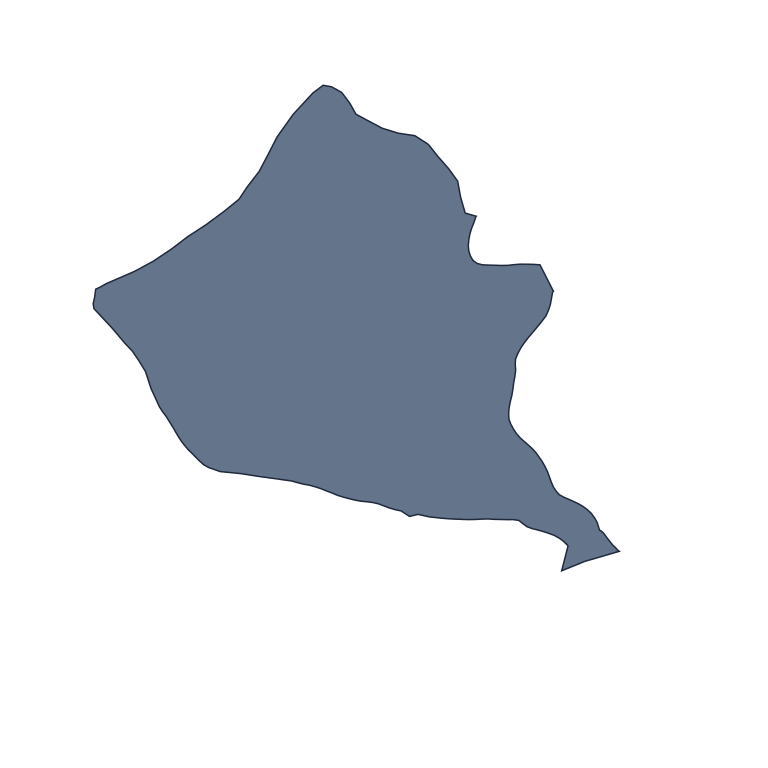 the district of Yafi', Lahij, Yemen, rotated 233°
{"feature_id": "15242507B78298704524990", "entity_name": "Yafi'", "entity_type": "district", "adm_level": 2, "iso_a3": "YEM", "parent_name": "Yemen", "parent_adm1": "Lahij", "projection": "equal_earth", "projection_center": [45.205, 13.861], "detail": "fine", "context": "isolated", "style": "filled", "palette": "slate", "viewbox_px": 768, "rotation_deg": 233, "n_neighbors": 0, "source": "geoboundaries", "source_scale": "gbopen_adm2", "svg_char_len": 2799}
<svg xmlns="http://www.w3.org/2000/svg" viewBox="0 0 768 768"><g transform="rotate(233 384 384)"><path d="M633.2,210.8L627.5,205.2L623.1,200.0L618.7,197.7L592.2,200.5L572.3,201.6L561.7,202.8L549.3,202.2L537.4,201.0L520.6,195.2L500.8,190.9L495.2,190.5L488.9,190.5L482.7,189.9L476.2,189.4L470.3,188.6L465.3,188.1L460.0,187.7L455.0,187.8L449.5,188.1L444.3,188.9L438.8,189.6L433.7,190.3L427.9,191.5L422.8,193.7L418.2,196.8L412.7,200.4L399.0,215.3L397.1,217.2L385.5,228.4L362.3,251.7L357.1,255.7L352.5,259.4L348.1,263.5L342.6,267.7L338.1,270.8L332.6,274.1L327.9,277.1L323.0,279.9L318.6,283.1L314.2,286.5L308.7,291.0L304.4,294.9L300.4,299.3L296.1,303.7L291.7,307.4L287.0,310.4L281.9,313.6L276.5,317.6L272.3,321.3L267.3,323.1L262.9,324.7L259.4,332.7L255.3,336.2L250.4,340.4L246.2,344.9L241.9,349.5L237.8,354.1L233.4,359.3L231.3,362.0L229.1,364.6L224.9,369.8L221.0,375.2L217.7,380.1L213.6,385.9L209.8,390.3L205.7,395.5L201.5,400.8L198.0,405.5L193.9,409.6L189.1,410.8L184.0,412.3L179.5,415.2L175.3,418.6L170.6,422.2L166.2,425.3L160.9,428.7L155.4,431.2L150.3,432.7L146.2,433.3L146.2,433.6L143.8,433.4L140.8,429.6L127.9,413.5L121.5,437.6L108.8,471.2L109.4,471.0L111.6,470.6L115.0,470.3L117.4,469.7L119.7,469.7L122.1,469.6L124.3,469.6L126.7,469.5L129.1,469.6L129.7,469.6L131.4,469.6L133.7,469.5L136.1,468.9L137.6,468.2L145.1,470.9L150.2,471.6L156.2,471.7L161.4,470.7L166.3,469.3L171.1,467.3L175.9,464.8L180.5,462.3L185.0,459.7L190.0,457.4L194.9,457.0L199.9,457.3L205.4,458.7L210.5,460.3L216.3,462.0L221.7,463.0L227.2,463.7L232.9,463.9L237.9,464.0L243.2,463.5L248.4,462.5L254.5,461.2L259.4,460.3L264.6,459.9L270.3,460.3L275.7,461.1L280.7,462.6L285.3,465.7L289.5,469.4L293.7,474.0L298.0,479.3L302.0,483.5L306.8,488.2L311.5,493.3L315.8,497.5L320.4,500.4L324.7,504.0L328.0,509.6L330.6,515.3L332.6,521.3L333.5,524.5L334.3,527.5L335.9,534.6L337.1,539.9L337.4,541.2L339.1,548.0L340.9,554.3L343.9,559.7L347.2,564.5L351.4,569.1L355.8,573.8L356.0,574.4L356.0,575.1L385.3,580.3L389.4,575.6L393.3,570.7L397.5,565.2L400.7,560.3L403.9,554.8L407.7,549.5L411.8,544.4L416.1,539.0L419.9,534.4L424.3,530.9L429.3,529.4L429.4,529.5L429.5,529.4L434.4,530.1L439.2,531.8L443.7,534.5L448.4,538.8L452.4,543.2L455.9,548.1L457.5,550.8L459.0,553.3L462.6,558.4L462.6,558.5L465.8,556.1L469.4,553.4L471.4,551.8L471.6,551.7L471.9,551.8L485.4,557.0L487.0,557.6L491.5,559.8L501.6,564.9L517.0,565.2L533.3,564.0L548.6,563.6L553.8,561.8L553.9,561.7L563.7,558.1L576.1,546.0L589.5,536.4L599.6,531.7L604.5,529.4L616.3,524.0L629.1,525.7L642.3,525.7L653.0,520.9L659.2,515.2L659.2,502.3L654.0,473.6L645.7,447.4L636.5,428.4L628.9,412.2L623.7,393.3L618.8,379.3L618.1,359.0L618.3,342.6L618.3,337.7L619.8,316.1L619.7,295.2L620.5,281.0L620.9,273.7L624.1,252.5L631.2,223.1L632.1,216.4L633.2,210.8Z" fill="#64748b" stroke="#1e293b" stroke-width="1.5"/></g></svg>